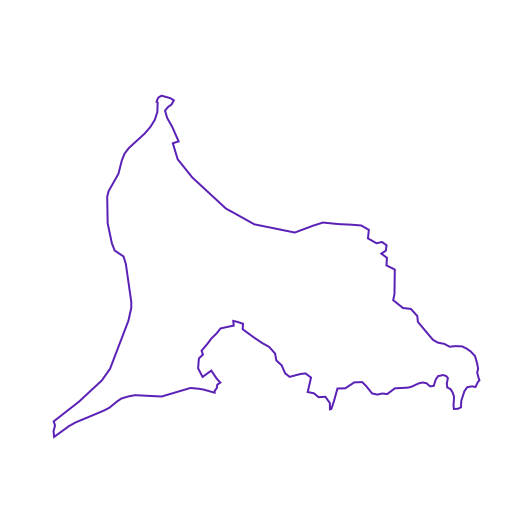 map outline of Chiba (Mercator projection), rotated 266°
{"feature_id": "JPN-1855", "entity_name": "Chiba", "entity_type": "Prefecture", "adm_level": 1, "iso_a3": "JPN", "parent_name": "Japan", "parent_adm1": "", "projection": "mercator", "projection_center": [140.102, 35.49], "detail": "fine", "context": "isolated", "style": "outline", "palette": "violet", "viewbox_px": 512, "rotation_deg": 266, "n_neighbors": 0, "source": "natural_earth", "source_scale": "10m", "svg_char_len": 2221}
<svg xmlns="http://www.w3.org/2000/svg" viewBox="0 0 512 512"><g transform="rotate(266 256 256)"><path d="M416.7,167.6L418.3,168.2L421.0,169.8L422.5,173.0L419.4,181.6L417.0,184.9L412.9,182.2L411.0,178.9L407.4,175.4L400.0,177.0L390.5,181.5L375.7,186.8L374.3,180.9L358.0,184.6L338.8,197.9L305.5,229.2L287.7,256.6L276.7,296.3L282.3,315.2L284.7,325.2L282.1,340.3L280.5,353.9L279.1,363.1L274.2,370.4L265.8,368.9L260.3,377.1L261.2,382.7L257.6,387.0L252.3,385.9L249.6,381.2L245.1,386.5L237.5,385.5L232.8,393.5L221.8,392.6L208.6,391.5L202.4,389.8L193.9,398.9L192.4,406.8L184.9,412.7L179.0,412.9L168.9,420.2L160.0,426.7L156.9,431.4L155.2,437.7L152.0,442.8L152.2,448.8L151.4,455.5L148.6,460.1L145.8,463.5L140.9,467.5L133.3,469.1L128.0,469.7L124.4,468.5L120.0,469.3L116.3,470.2L114.8,468.5L110.0,465.8L110.9,462.5L110.4,457.6L106.7,454.5L97.3,450.7L90.8,449.9L89.5,446.8L89.6,442.8L93.3,442.6L98.7,443.4L101.9,443.7L106.0,442.7L109.6,440.8L111.5,437.7L115.4,437.4L120.8,438.9L122.9,437.5L124.2,434.4L123.5,429.3L120.1,426.6L114.1,424.3L113.8,420.6L117.2,417.2L118.2,413.2L117.5,409.1L114.8,402.2L114.1,398.3L114.3,385.3L109.1,377.2L110.0,372.5L109.3,367.3L110.8,362.2L118.9,356.6L122.8,353.1L123.1,345.2L117.8,335.9L118.1,328.0L105.9,323.7L98.2,320.5L97.9,319.1L104.2,319.4L110.7,315.4L110.8,308.6L115.0,304.2L116.7,298.1L130.9,302.4L135.4,297.2L135.2,292.2L133.1,281.1L136.9,276.9L145.1,274.0L150.4,269.0L157.4,268.2L164.4,262.8L168.6,256.3L174.9,248.2L183.9,237.6L189.3,238.3L191.5,233.1L192.8,228.8L188.1,228.9L187.2,222.1L186.2,215.5L181.5,211.3L176.7,205.6L172.3,201.9L165.3,195.1L161.4,196.2L157.8,191.9L148.0,190.4L139.1,194.3L144.8,203.4L136.6,208.1L132.2,211.6L130.4,208.4L127.0,207.7L124.5,205.5L122.5,205.2L126.3,194.7L127.5,190.1L128.9,181.3L122.4,152.0L125.6,125.7L124.8,118.8L123.2,111.7L120.6,107.3L114.9,99.2L112.5,93.7L102.5,64.2L99.4,57.6L89.6,42.0L95.2,41.8L101.1,43.7L105.1,42.6L123.0,69.2L142.6,93.5L153.6,102.5L200.3,124.2L212.8,127.9L218.7,128.4L257.2,125.6L264.8,123.8L271.3,115.4L278.7,113.1L299.0,110.3L325.6,111.7L331.0,113.5L347.6,124.5L360.9,128.9L367.4,132.1L372.7,136.8L385.9,153.5L392.2,159.7L398.8,164.5L406.4,167.6L416.0,168.6L416.7,167.6Z" fill="none" stroke="#5b21b6" stroke-width="2"/></g></svg>